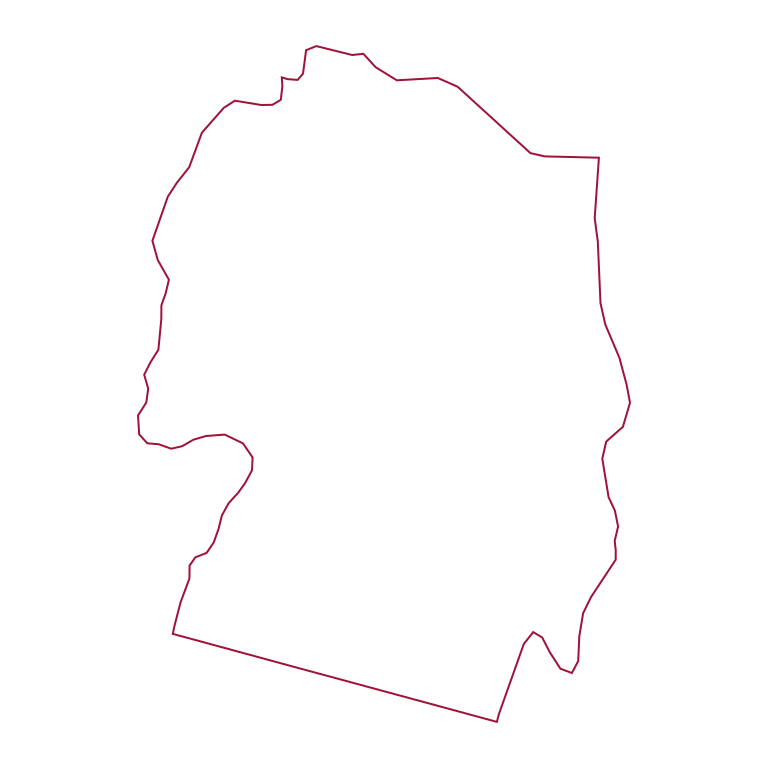 an SVG outline of Koulpélogo
{"feature_id": "BFA-2827", "entity_name": "Koulpélogo", "entity_type": "Province", "adm_level": 1, "iso_a3": "BFA", "parent_name": "Burkina Faso", "parent_adm1": "", "projection": "equal_earth", "projection_center": [0.155, 11.405], "detail": "fine", "context": "isolated", "style": "outline", "palette": "rose", "viewbox_px": 768, "rotation_deg": 0, "n_neighbors": 0, "source": "natural_earth", "source_scale": "10m", "svg_char_len": 1229}
<svg xmlns="http://www.w3.org/2000/svg" viewBox="0 0 768 768"><path d="M496.9,721.9L439.1,706.2L288.3,665.3L207.1,643.2L172.8,633.9L174.2,627.0L180.5,602.5L189.4,578.6L189.6,565.5L195.4,557.3L206.6,552.9L213.8,542.3L218.7,528.4L221.9,515.4L228.7,503.1L238.2,492.7L245.1,483.1L252.0,470.3L252.6,457.5L243.0,443.4L224.8,434.6L206.0,436.0L193.4,439.7L182.2,446.2L171.2,448.7L158.5,444.2L147.3,443.3L139.2,434.4L138.0,415.5L146.3,402.5L148.2,388.6L144.2,374.7L150.4,362.4L158.4,349.7L161.3,319.2L161.4,305.3L165.7,293.2L168.9,279.7L157.8,260.1L152.4,240.8L167.8,196.7L177.2,182.3L189.2,167.2L201.9,132.7L223.7,107.9L234.8,100.7L261.3,105.0L272.4,104.8L280.8,99.8L282.4,86.2L281.8,77.4L287.4,79.1L297.6,79.9L303.0,73.7L306.1,50.2L316.3,46.1L352.2,55.0L363.4,53.8L375.6,67.2L396.8,80.3L437.9,78.0L457.7,86.8L530.4,153.1L544.8,156.4L598.9,157.7L594.7,218.2L597.8,241.6L600.5,303.2L605.3,324.5L619.4,357.8L626.6,384.6L630.0,402.8L622.9,426.8L606.2,441.6L602.3,458.7L608.6,497.2L614.9,510.7L618.1,526.5L614.7,540.9L615.7,549.8L615.7,559.7L591.0,597.1L583.1,613.3L579.3,636.3L578.2,661.1L571.9,673.0L560.4,668.7L549.7,652.1L542.2,637.5L533.2,632.1L523.8,644.0L498.7,714.7L496.9,721.9Z" fill="none" stroke="#9f1239" stroke-width="2"/></svg>